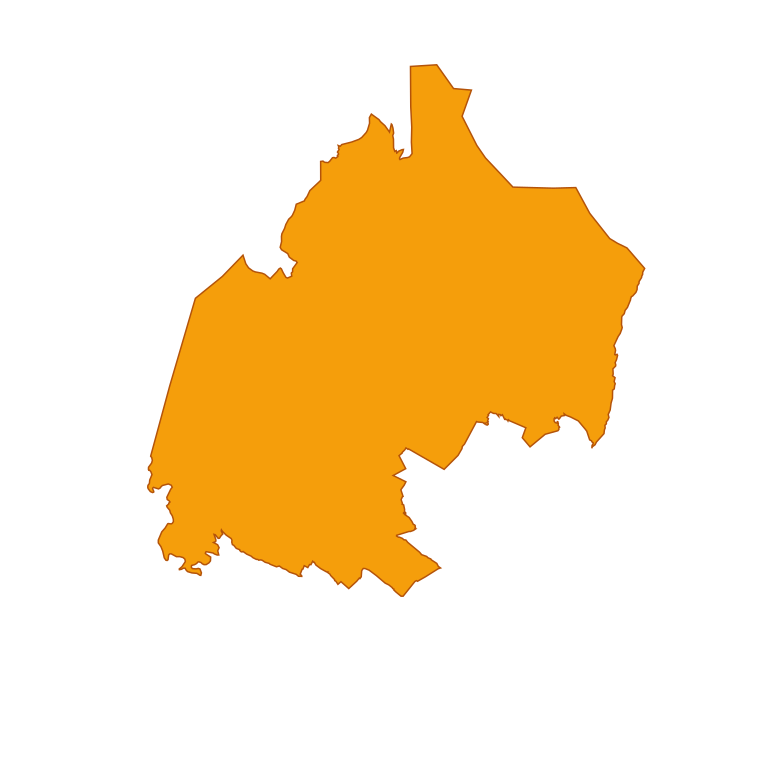 Tlahuapan, Puebla, Mexico (Albers equal-area conic projection), rotated 42°
{"feature_id": "50627088B76497892833902", "entity_name": "Tlahuapan", "entity_type": "district", "adm_level": 2, "iso_a3": "MEX", "parent_name": "Mexico", "parent_adm1": "Puebla", "projection": "albers", "projection_center": [-98.56, 19.351], "detail": "fine", "context": "isolated", "style": "filled", "palette": "amber", "viewbox_px": 768, "rotation_deg": 42, "n_neighbors": 0, "source": "geoboundaries", "source_scale": "gbopen_adm2", "svg_char_len": 6170}
<svg xmlns="http://www.w3.org/2000/svg" viewBox="0 0 768 768"><g transform="rotate(42 384 384)"><path d="M226.0,528.7L258.9,593.8L260.6,594.1L263.0,595.8L264.2,598.3L264.7,603.4L266.1,605.1L266.9,605.5L267.4,604.9L269.5,605.2L272.2,606.6L274.2,612.2L276.2,614.9L276.4,617.2L277.4,618.7L278.7,619.6L282.4,620.3L284.7,619.5L285.2,618.5L284.7,617.8L282.3,616.8L281.8,616.2L281.8,615.1L286.7,612.8L287.3,610.7L287.0,609.4L287.3,607.6L290.6,602.6L293.6,601.6L295.7,602.4L295.9,604.9L298.4,613.5L300.2,614.9L302.5,614.6L303.9,614.9L303.8,616.6L304.3,617.2L304.0,620.0L305.5,620.7L309.2,621.2L311.5,622.7L314.8,623.6L317.8,625.4L319.6,627.2L319.9,629.3L319.4,630.4L317.0,632.1L316.8,632.7L317.7,637.4L317.8,642.6L320.7,651.0L322.6,653.1L327.0,654.1L331.3,656.2L337.0,660.2L339.8,660.9L340.9,660.3L341.1,659.1L338.4,655.2L338.4,653.7L339.5,652.6L345.3,651.2L347.8,648.9L350.9,647.4L353.2,647.4L355.0,648.7L355.3,649.5L356.1,654.9L355.6,658.5L356.2,658.9L357.5,657.2L358.2,655.1L359.4,654.0L361.9,654.8L363.7,654.8L367.7,652.9L371.7,649.9L375.2,649.3L375.9,648.8L374.7,646.5L371.0,644.6L369.4,645.3L368.1,647.1L365.1,649.4L363.4,649.1L362.4,647.6L364.1,645.0L364.8,642.9L364.9,640.7L365.4,640.0L367.5,639.1L369.2,639.2L371.1,638.7L372.7,637.2L373.6,634.0L373.4,631.6L371.0,628.6L365.3,629.5L364.4,629.3L364.0,627.6L370.0,624.0L371.6,623.8L374.5,622.7L375.6,621.6L372.0,619.2L371.0,616.0L367.9,614.8L363.3,615.9L364.3,613.7L364.0,613.0L362.9,612.0L358.3,609.5L359.4,608.9L364.1,609.7L364.9,608.7L364.4,605.5L364.6,603.5L361.3,602.1L360.8,601.2L362.4,601.6L367.8,601.9L373.9,601.1L375.6,601.9L376.7,603.4L378.8,604.8L380.2,604.4L384.2,605.0L387.7,603.7L388.2,604.2L389.9,604.3L390.9,603.8L391.3,602.8L395.8,602.3L400.5,600.8L402.7,600.8L406.4,599.8L407.6,598.8L408.7,598.8L410.2,597.1L411.5,596.5L415.0,596.0L418.6,594.2L419.9,594.2L426.4,591.8L428.0,589.3L432.1,588.9L435.5,587.4L439.6,587.1L446.1,584.2L449.1,584.1L451.6,582.0L451.0,581.5L449.0,581.4L447.1,576.4L447.6,575.8L446.3,572.4L450.2,571.4L449.5,568.0L450.6,567.2L449.6,563.4L451.2,563.5L451.5,563.1L454.5,564.1L460.4,563.6L467.0,562.1L468.0,561.3L468.1,561.8L471.2,561.5L472.4,562.0L478.1,562.4L478.9,563.1L480.3,562.8L483.8,563.7L484.3,559.7L494.7,559.6L495.7,548.9L495.5,544.7L496.3,544.7L496.1,542.5L492.3,537.6L492.0,535.0L493.4,533.8L497.5,532.3L506.5,531.5L518.1,531.2L521.9,530.1L526.6,529.8L527.2,530.2L528.7,529.8L529.2,530.5L532.4,530.6L538.6,530.3L540.2,528.9L539.1,510.0L539.7,508.4L540.9,508.2L543.8,499.5L547.9,485.0L549.1,482.9L546.4,483.2L543.3,482.0L536.9,483.0L535.9,482.7L533.0,483.7L531.1,483.6L525.8,485.8L525.4,485.5L522.8,485.2L507.6,485.8L504.7,485.3L502.9,486.5L501.1,486.4L497.9,487.5L497.4,488.1L495.1,488.6L494.6,488.0L501.3,476.8L502.3,476.0L503.9,473.0L504.5,470.4L503.7,470.8L503.3,469.5L502.6,469.3L502.2,468.5L501.0,468.2L499.8,468.7L496.7,467.5L492.0,466.4L487.2,467.1L484.2,466.8L487.1,466.1L486.1,465.1L484.7,465.2L483.2,463.4L479.5,460.7L477.9,461.2L477.6,460.4L474.1,458.5L473.1,455.3L473.4,454.8L467.3,451.3L466.7,445.7L465.7,442.0L452.0,445.9L456.8,432.4L443.1,427.2L443.7,423.1L443.3,422.7L443.5,418.9L443.1,416.8L445.5,416.5L445.6,415.9L446.7,415.6L485.8,407.2L486.8,387.5L485.2,379.9L484.0,378.0L484.0,374.7L477.9,350.0L479.0,349.6L483.1,346.5L485.4,346.3L485.3,345.5L487.2,346.0L488.3,345.3L488.4,344.2L487.5,343.4L486.3,343.6L486.6,342.3L486.1,342.2L486.1,342.6L485.7,342.1L484.8,339.9L483.0,339.9L482.6,337.3L481.9,337.2L481.8,333.5L485.0,332.6L487.2,330.9L491.1,331.4L489.5,329.9L490.9,328.9L492.1,329.3L492.5,327.6L497.3,329.5L497.6,328.8L498.3,328.9L499.9,328.1L500.9,328.5L500.5,327.3L501.9,327.3L518.7,321.6L522.7,331.4L534.6,333.0L537.4,313.5L544.5,302.4L544.4,300.8L543.3,299.6L543.4,298.6L540.9,298.1L540.1,296.8L538.3,295.7L538.0,296.0L539.3,297.0L537.1,298.1L535.2,297.7L533.7,296.0L533.5,294.9L534.7,294.9L534.9,292.9L537.3,293.2L537.6,292.7L537.2,289.2L539.2,286.7L537.8,285.6L540.3,285.4L544.6,283.7L553.1,281.4L563.8,282.9L566.3,283.4L574.2,287.9L576.1,287.4L577.6,287.9L578.7,287.7L579.3,288.3L579.7,290.4L581.5,292.7L580.8,291.4L581.5,287.9L580.7,285.0L580.7,273.7L578.5,270.6L577.8,268.7L575.8,266.9L575.9,264.8L574.5,263.3L574.5,261.3L573.6,258.4L571.0,256.6L569.5,252.0L565.5,246.2L563.3,241.7L558.0,235.6L558.4,233.6L556.3,230.6L555.7,229.1L553.4,228.2L551.5,224.7L548.3,224.9L547.7,223.3L544.0,219.6L544.1,215.6L543.3,214.6L541.5,213.5L540.5,210.3L538.4,206.4L537.3,206.0L536.6,207.5L535.8,207.7L533.6,204.1L532.2,203.0L529.2,201.7L526.2,192.0L525.7,188.4L523.9,183.9L523.2,182.6L520.8,181.0L515.9,175.2L515.5,174.4L515.5,171.0L513.9,167.9L513.7,164.3L510.9,156.5L510.3,155.8L509.4,153.5L509.9,152.2L509.9,147.3L508.9,144.5L506.7,141.8L506.2,138.6L505.0,137.2L504.2,132.6L503.2,131.0L503.0,129.7L501.4,127.7L500.4,123.7L473.5,120.3L463.4,123.2L454.4,124.9L422.7,119.5L395.1,109.7L378.9,125.1L348.1,151.4L308.1,148.1L293.4,144.6L262.9,132.8L252.3,107.1L238.0,117.9L209.6,111.5L191.2,130.3L218.4,160.1L232.8,174.6L242.5,185.9L250.7,194.0L251.0,198.0L250.0,199.9L247.0,203.4L245.7,206.5L245.0,206.4L244.2,205.4L242.9,199.3L241.5,196.7L240.6,197.8L238.9,201.6L239.2,202.9L238.9,203.8L236.9,202.4L236.4,203.9L233.1,202.1L227.1,195.6L224.3,193.6L223.3,191.1L219.4,187.8L216.3,185.9L215.5,185.9L219.5,193.1L211.8,191.4L205.8,191.4L203.4,190.9L194.0,191.9L194.9,195.8L198.8,199.9L201.9,206.4L202.5,209.0L202.5,215.7L201.6,219.1L198.0,225.9L192.4,234.3L192.4,236.6L190.4,237.4L191.8,238.1L192.4,239.3L193.7,239.7L194.2,242.8L195.8,243.1L196.6,244.0L196.4,245.3L197.5,245.8L197.0,248.5L195.3,249.1L194.3,250.3L194.6,254.9L194.3,256.9L191.5,259.0L189.5,259.2L188.0,261.0L200.7,275.0L199.5,289.9L201.4,296.1L201.7,299.5L202.3,301.2L198.5,309.1L201.4,314.6L203.0,319.8L203.2,321.4L202.9,325.3L204.3,331.1L206.0,334.9L207.6,340.7L209.1,343.0L212.6,346.7L215.4,351.9L218.0,352.8L225.2,351.5L228.8,353.1L234.3,352.6L236.2,351.5L238.2,351.8L239.0,359.5L241.0,361.8L240.9,363.6L243.3,365.6L241.4,369.8L239.8,370.4L234.4,368.7L230.7,367.1L229.4,367.2L228.9,369.0L229.3,371.8L229.0,382.0L221.9,382.3L219.1,383.3L213.4,386.8L210.8,387.8L205.6,388.3L200.8,387.1L193.0,382.6L191.9,412.2L186.5,446.5L226.0,528.7Z" fill="#f59e0b" stroke="#b45309" stroke-width="1.5"/></g></svg>